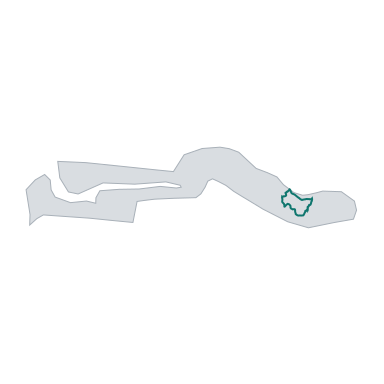 location of Sandu, Upper River, Gambia, rotated 5°
{"feature_id": "56634734B93657392024497", "entity_name": "Sandu", "entity_type": "district", "adm_level": 2, "iso_a3": "GMB", "parent_name": "Gambia", "parent_adm1": "Upper River", "projection": "robinson", "projection_center": [-14.362, 13.426], "detail": "fine", "context": "in_parent", "style": "outline", "palette": "teal", "viewbox_px": 384, "rotation_deg": 5, "n_neighbors": 0, "source": "geoboundaries", "source_scale": "gbopen_adm2", "svg_char_len": 4284}
<svg xmlns="http://www.w3.org/2000/svg" viewBox="0 0 384 384"><g transform="rotate(5 192 192)"><path d="M55.6,173.2L83.5,172.0L117.4,172.5L154.3,173.1L171.7,173.3L180.9,155.6L198.3,147.8L216.0,144.9L225.3,145.6L235.1,148.3L253.8,162.9L265.5,166.2L275.3,169.6L282.4,176.7L293.6,183.7L302.4,185.6L307.7,184.6L316.4,181.8L322.1,179.7L340.8,178.7L354.6,186.9L357.5,195.8L355.2,205.0L336.7,209.9L311.1,217.5L289.9,213.3L264.2,202.9L249.1,195.4L242.9,192.4L233.5,187.7L225.3,182.5L217.3,179.2L211.3,177.1L206.8,179.8L204.6,186.1L201.0,193.1L196.4,197.3L174.8,199.8L155.4,202.4L145.0,204.6L138.1,206.2L135.8,227.5L113.9,227.3L92.3,227.0L70.0,227.4L45.9,227.8L39.7,232.1L33.2,239.1L32.6,228.5L26.5,204.2L34.8,193.6L43.7,187.4L49.7,192.4L51.5,202.2L56.1,209.0L71.9,213.2L87.6,210.2L97.1,211.6L96.8,206.1L100.1,198.8L119.1,195.7L139.2,193.6L159.8,189.2L176.0,189.4L180.8,188.2L179.6,186.3L165.1,184.2L134.2,189.2L102.6,190.7L78.7,203.9L68.9,202.7L59.1,189.5L55.6,173.2Z" fill="#d9dde1" stroke="#a8b0b8" stroke-width="1"/><path d="M312.1,188.0L311.9,188.3L311.8,188.6L311.5,188.9L311.2,188.9L310.9,188.9L310.7,188.9L310.2,188.8L310.0,189.0L309.8,189.0L309.0,188.9L308.3,188.9L308.0,189.0L307.6,189.0L307.3,188.9L306.5,189.0L306.2,189.1L305.9,189.3L305.0,189.5L304.4,189.6L303.8,189.8L303.3,190.0L303.0,190.1L302.4,190.1L302.3,190.3L301.9,190.3L301.5,190.1L300.9,189.8L300.5,189.6L300.1,189.4L299.8,189.1L299.5,188.8L299.2,188.7L298.7,188.5L298.4,188.2L297.9,188.0L297.2,187.5L296.9,187.3L296.2,186.8L296.0,186.7L295.7,186.4L294.7,185.8L294.3,185.6L294.1,185.5L293.8,185.4L293.4,185.3L292.4,185.0L291.5,184.6L291.2,184.3L291.1,184.2L290.9,183.8L290.1,182.4L289.7,181.5L289.2,180.9L288.9,180.8L288.7,181.1L288.7,181.3L288.6,181.6L288.5,181.8L288.4,182.0L288.2,182.1L287.9,182.3L287.7,182.6L287.5,183.0L287.3,183.2L287.1,183.2L286.9,183.2L286.8,183.3L286.6,183.4L286.5,183.5L286.5,183.8L286.4,184.0L286.2,184.2L286.1,184.3L285.6,184.4L285.3,184.5L285.2,184.7L285.2,184.8L285.3,185.0L285.5,185.3L285.6,185.5L285.7,185.9L285.8,186.0L285.9,186.3L286.0,186.6L286.1,186.9L286.1,187.0L286.0,187.3L285.9,187.4L285.8,187.6L285.7,187.7L285.5,187.8L285.4,187.9L285.2,188.0L284.9,188.1L284.5,188.2L284.4,188.3L284.1,188.3L283.6,188.3L283.4,188.3L283.2,188.3L282.9,188.6L282.6,189.4L282.4,189.5L282.3,189.4L282.2,189.3L282.2,189.9L282.3,190.1L282.5,190.6L282.5,190.8L282.7,191.3L282.7,192.2L282.7,192.3L282.7,192.7L282.7,193.1L282.7,193.7L282.7,193.8L282.8,194.1L283.1,194.5L283.9,195.1L284.0,195.2L284.1,195.3L284.4,195.6L284.7,195.9L284.7,196.1L284.9,196.4L285.1,196.8L285.1,197.1L285.3,197.8L285.3,198.0L285.3,198.4L285.6,198.5L285.7,198.4L286.0,198.1L286.7,197.1L286.8,196.9L287.9,195.8L288.2,195.7L288.3,195.5L288.5,195.5L288.8,195.5L289.1,195.6L289.5,195.7L289.8,195.8L290.0,196.0L290.5,196.4L290.8,196.7L290.9,196.8L291.2,197.1L291.3,197.4L291.3,197.5L291.4,198.0L291.4,198.4L291.4,198.6L291.5,198.9L291.6,199.1L291.8,199.4L291.8,199.5L292.1,199.8L292.4,199.9L292.8,200.1L293.3,200.3L293.7,200.4L293.8,200.5L294.2,200.4L294.5,200.3L295.2,200.2L295.3,200.2L295.5,200.2L295.9,200.3L296.1,200.5L296.2,200.9L296.3,201.3L296.4,201.7L296.4,202.2L296.5,202.5L296.6,203.1L296.8,203.5L297.0,204.0L297.2,204.5L297.3,205.0L297.6,205.2L298.1,205.5L298.6,205.8L299.1,206.0L299.8,206.2L300.1,206.2L301.1,206.0L303.3,205.9L304.6,205.6L304.8,205.6L305.1,205.3L305.4,204.7L305.8,203.7L305.9,203.2L306.1,202.9L306.4,202.2L306.5,201.5L306.5,201.1L306.6,200.9L307.0,200.7L307.5,200.6L307.7,200.4L307.9,200.4L308.0,200.5L308.0,200.4L308.2,200.5L308.3,200.5L308.4,200.4L308.4,200.1L308.6,200.1L308.8,200.2L308.9,199.9L308.9,199.7L308.8,199.2L308.8,198.9L308.7,198.7L308.8,198.6L308.8,198.4L308.7,198.2L308.8,198.0L308.8,197.9L308.7,197.8L308.8,197.7L308.8,197.4L308.7,197.3L308.7,197.2L308.6,196.9L308.6,196.7L308.8,196.6L309.0,196.4L309.3,196.3L309.4,196.2L309.4,195.8L309.5,195.7L309.6,195.4L309.7,195.5L309.8,195.4L309.9,195.2L310.0,195.0L310.0,194.9L310.2,194.7L310.4,194.7L310.5,194.7L310.8,194.5L310.9,194.4L311.0,194.4L311.2,194.2L311.3,194.0L311.3,193.4L311.4,193.1L311.6,192.8L311.6,192.7L311.6,192.4L311.6,192.0L311.7,191.7L311.7,191.4L312.0,190.9L312.0,190.6L312.2,190.2L312.2,189.7L312.2,189.4L312.2,189.1L312.3,188.9L312.3,188.7L312.1,188.0L312.1,188.0Z" fill="none" stroke="#0f766e" stroke-width="2"/></g></svg>